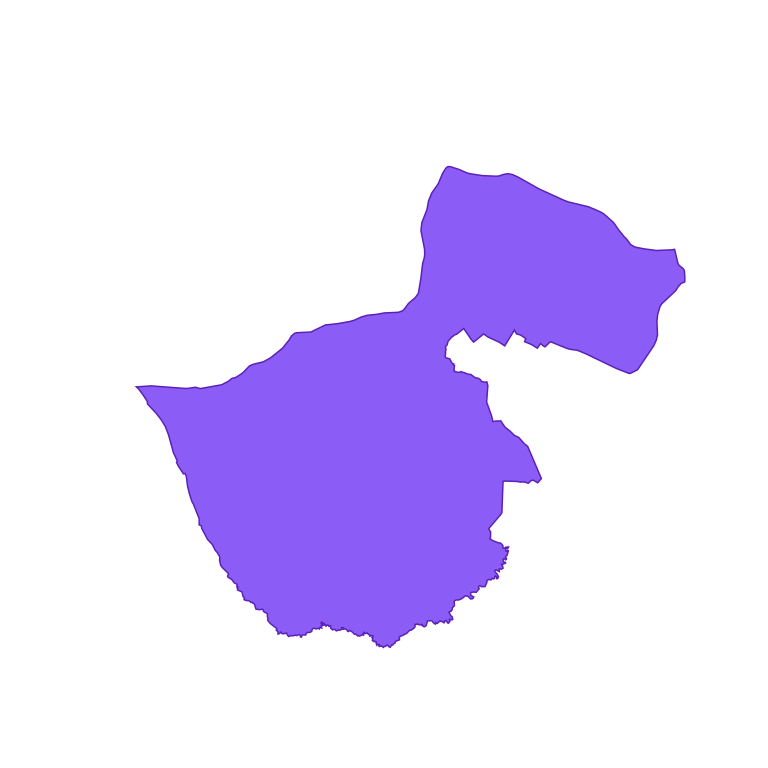 the district of Prachaksinlapakhom, Udon Thani, Thailand, rotated 302°
{"feature_id": "78962969B6434448964303", "entity_name": "Prachaksinlapakhom", "entity_type": "district", "adm_level": 2, "iso_a3": "THA", "parent_name": "Thailand", "parent_adm1": "Udon Thani", "projection": "robinson", "projection_center": [102.94, 17.257], "detail": "fine", "context": "isolated", "style": "filled", "palette": "violet", "viewbox_px": 768, "rotation_deg": 302, "n_neighbors": 0, "source": "geoboundaries", "source_scale": "gbopen_adm2", "svg_char_len": 6171}
<svg xmlns="http://www.w3.org/2000/svg" viewBox="0 0 768 768"><g transform="rotate(302 384 384)"><path d="M639.0,501.5L642.5,493.3L644.4,482.7L644.8,479.7L644.5,475.3L642.7,463.7L636.1,443.9L635.1,438.9L631.6,412.1L630.5,387.8L629.7,382.0L628.1,377.8L625.5,374.7L621.2,371.1L619.8,369.2L612.9,357.1L608.0,345.7L606.9,342.2L605.8,334.3L603.6,325.5L602.4,323.2L600.8,322.3L599.1,322.1L593.3,322.1L582.7,323.9L571.2,323.3L563.0,324.7L554.7,328.0L540.8,330.6L533.6,334.1L520.0,346.8L515.6,349.8L512.6,351.2L506.7,352.9L493.3,359.2L479.1,365.1L473.6,364.7L465.6,362.1L457.1,361.4L455.8,360.8L452.5,358.3L444.5,346.7L439.0,340.6L433.4,333.4L428.9,329.3L422.5,325.1L419.1,322.1L410.6,312.7L403.0,303.0L389.3,294.4L381.1,282.6L379.6,281.3L375.7,280.1L371.3,280.2L360.8,279.0L346.0,273.9L338.7,269.8L331.7,262.9L328.2,260.4L319.4,258.5L316.4,257.4L311.1,254.9L308.1,252.0L303.9,250.6L297.3,246.7L282.7,230.6L281.4,226.0L276.0,219.5L274.3,216.7L259.0,187.5L250.3,175.5L249.7,178.6L247.2,185.2L243.7,192.6L241.7,194.0L238.5,206.1L235.7,213.8L232.2,220.9L226.6,228.3L214.1,241.9L209.2,249.5L207.5,249.6L205.3,253.3L201.5,261.5L202.7,262.7L200.8,265.4L193.3,271.5L187.9,277.0L182.6,283.3L181.2,285.9L171.7,298.8L166.6,301.8L166.9,304.3L164.9,306.0L158.7,316.8L156.8,323.7L153.5,329.0L152.6,332.2L150.2,336.5L147.3,338.0L143.7,341.6L142.6,344.3L140.9,352.3L139.9,353.2L139.0,352.9L137.6,353.6L137.4,356.8L137.7,357.9L136.0,362.4L136.3,365.5L134.7,366.3L134.7,367.5L133.9,367.0L133.3,367.4L133.3,368.2L131.7,368.9L132.4,373.8L129.4,376.7L128.5,379.1L127.1,379.5L127.0,380.9L127.5,381.4L127.6,382.6L128.6,384.0L128.3,387.1L129.1,388.0L128.7,388.9L128.8,390.7L125.2,394.7L126.6,398.0L128.6,400.3L128.4,401.5L127.6,401.9L127.1,403.3L127.5,406.7L124.6,408.6L123.8,410.0L122.4,410.2L121.8,411.0L120.6,414.7L119.8,422.5L119.1,423.1L118.2,423.0L117.6,425.4L115.8,426.6L117.1,427.7L119.0,428.0L118.3,430.0L119.1,431.4L121.1,433.2L119.7,435.6L119.4,437.1L121.1,438.2L122.3,440.4L124.1,442.0L124.4,443.3L126.2,444.3L126.5,445.8L125.3,447.2L125.4,447.9L126.3,448.0L127.5,447.5L128.3,448.2L129.6,450.6L131.1,450.3L132.8,450.8L134.0,452.8L135.9,453.8L137.7,453.1L139.3,453.6L140.2,454.9L140.1,455.9L141.9,457.6L141.9,458.9L143.4,458.6L144.1,460.5L145.6,458.9L146.6,459.9L147.6,457.4L149.0,457.2L149.2,458.1L148.3,459.4L149.3,460.1L148.8,460.8L147.6,460.9L148.6,462.1L147.9,463.2L149.8,463.7L149.9,464.5L149.3,465.8L150.6,466.9L148.7,468.2L148.2,470.6L149.2,471.3L149.8,472.4L149.4,473.8L149.7,474.9L150.9,475.3L151.8,477.0L153.0,477.8L155.0,477.2L155.7,478.3L155.7,478.9L154.3,479.1L155.9,481.1L155.7,483.4L155.0,484.2L155.1,484.9L157.1,485.8L156.8,486.9L156.9,489.3L156.3,490.3L156.2,492.0L157.1,493.3L156.3,495.0L157.0,495.5L157.2,496.9L159.9,498.5L160.1,499.8L160.6,499.7L161.2,498.5L161.9,498.7L162.7,498.4L162.8,499.0L162.3,499.9L162.8,500.9L164.0,501.4L163.4,503.7L163.8,505.1L162.8,505.6L164.4,507.3L164.5,508.2L164.0,508.5L162.6,508.1L162.2,509.4L160.3,510.0L160.2,512.2L161.0,512.4L161.1,514.4L160.0,514.7L158.7,516.3L159.9,516.5L159.8,517.4L160.4,518.1L159.0,518.6L158.9,519.1L160.4,520.5L160.4,523.2L161.5,523.1L162.4,524.4L163.7,524.6L164.3,525.2L163.8,527.3L164.0,528.8L166.7,528.8L167.3,529.8L168.4,529.7L170.2,530.6L171.8,530.1L175.2,532.7L177.8,531.0L181.6,533.7L183.0,534.2L183.9,535.2L188.7,536.3L189.8,537.6L193.6,539.0L194.7,538.9L196.6,537.6L197.1,538.7L198.3,539.5L198.1,540.3L198.8,542.1L200.2,543.3L200.2,544.2L199.4,544.2L199.3,546.3L199.6,547.0L201.5,547.8L206.0,546.4L208.3,549.4L208.5,550.2L207.7,552.2L207.5,554.7L209.0,554.4L209.0,556.0L212.8,557.1L213.4,560.0L213.3,561.4L213.7,561.7L214.9,561.1L216.4,562.0L215.2,564.4L215.1,565.1L215.5,565.5L217.9,565.6L219.1,564.3L220.0,566.7L220.8,567.0L222.7,565.2L223.0,563.3L224.8,560.1L225.6,560.1L226.5,561.2L228.1,561.5L230.4,560.6L233.3,561.2L236.5,558.9L237.8,558.7L239.3,559.9L240.2,561.6L241.7,562.7L243.3,563.8L247.1,565.1L248.5,567.2L247.6,571.4L248.7,572.8L249.9,573.2L251.0,572.9L250.7,569.7L252.8,568.2L253.5,568.2L255.4,570.8L256.1,572.6L260.9,573.2L261.8,571.7L263.4,571.8L263.9,572.4L263.8,574.2L265.7,577.0L270.3,576.4L271.3,575.5L273.2,576.1L273.9,576.8L274.6,578.6L276.4,578.6L276.9,580.4L277.9,580.6L279.4,580.0L280.3,580.3L280.1,581.6L278.6,582.6L278.9,583.2L279.6,583.5L281.2,583.3L282.7,580.8L283.6,577.6L284.6,576.7L285.7,577.3L286.1,581.2L288.1,579.7L289.2,581.7L290.7,582.6L291.9,581.7L293.4,579.3L294.3,580.5L296.6,582.0L297.0,581.1L296.3,579.3L298.3,578.1L299.7,578.3L299.3,580.3L300.2,580.7L300.9,580.2L301.8,578.6L304.2,579.1L308.4,577.9L308.5,577.1L307.1,576.6L306.8,576.1L308.5,574.5L309.1,574.6L310.0,576.1L311.8,575.9L310.0,573.7L308.9,573.4L307.9,571.6L309.8,570.7L310.8,568.1L310.7,566.7L310.0,565.3L308.7,558.9L309.0,557.5L308.7,556.1L310.7,555.4L315.1,552.8L316.7,549.4L335.5,552.2L337.5,552.1L364.4,536.6L365.9,538.2L371.8,548.4L373.1,551.6L375.2,554.7L376.3,558.9L379.8,559.8L381.5,561.3L381.7,566.7L387.2,567.6L407.3,538.8L407.7,534.6L410.1,526.6L409.5,521.9L410.7,516.6L411.5,509.6L414.6,502.6L411.8,498.4L409.8,496.3L413.9,492.2L423.1,480.6L437.7,472.9L440.3,470.1L439.5,469.4L437.7,465.6L438.8,463.3L438.8,460.6L438.0,459.1L437.7,457.3L438.1,452.5L436.9,450.2L436.2,446.2L435.5,444.4L435.5,443.0L435.1,442.5L434.0,442.1L432.0,437.8L432.5,437.0L432.3,436.4L437.2,433.9L437.0,432.7L438.0,432.5L437.7,431.1L438.0,430.2L440.2,426.3L439.2,423.3L439.4,421.4L442.9,419.9L444.1,418.9L446.0,418.4L448.1,416.4L450.6,416.8L454.1,415.7L458.9,416.4L463.0,417.9L465.1,419.4L473.3,422.2L468.0,434.3L467.0,437.8L479.3,442.0L478.9,447.0L480.5,459.6L480.3,466.2L498.8,466.0L496.7,469.8L497.9,473.8L497.7,480.1L494.4,480.8L495.7,488.4L495.6,495.0L501.4,495.4L500.7,499.1L500.9,500.9L507.5,502.5L508.2,503.5L511.1,520.3L512.0,523.3L515.0,530.0L515.5,532.7L516.5,538.6L520.3,572.8L522.8,586.1L523.6,587.3L530.5,591.5L559.4,592.5L565.3,591.7L570.6,589.9L581.7,582.3L588.2,579.1L596.1,577.0L599.4,577.1L617.6,581.9L622.2,581.9L626.8,582.7L629.9,585.0L634.5,582.2L638.8,579.0L639.7,578.1L640.3,576.8L641.1,571.1L642.0,569.4L652.2,559.1L650.1,556.7L641.6,544.3L636.7,533.5L633.5,525.4L633.0,522.5L633.0,519.1L635.5,512.9L636.2,509.6L639.0,501.5Z" fill="#8b5cf6" stroke="#5b21b6" stroke-width="1.5"/></g></svg>